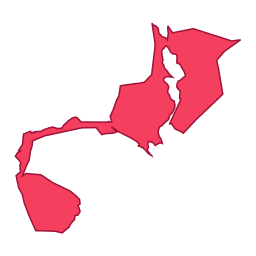 outline of San Bartolo Soyaltepec, Oaxaca, Mexico
{"feature_id": "50627088B5288968218075", "entity_name": "San Bartolo Soyaltepec", "entity_type": "district", "adm_level": 2, "iso_a3": "MEX", "parent_name": "Mexico", "parent_adm1": "Oaxaca", "projection": "mercator", "projection_center": [-97.319, 17.577], "detail": "fine", "context": "isolated", "style": "filled", "palette": "rose", "viewbox_px": 256, "rotation_deg": 0, "n_neighbors": 0, "source": "geoboundaries", "source_scale": "gbopen_adm2", "svg_char_len": 5187}
<svg xmlns="http://www.w3.org/2000/svg" viewBox="0 0 256 256"><path d="M152.0,23.1L153.7,34.3L155.2,44.9L151.7,74.6L144.4,82.2L139.6,83.2L133.8,83.8L125.5,85.0L120.4,85.8L119.0,95.5L116.4,100.8L113.2,109.7L110.2,116.2L111.8,121.9L108.8,122.1L108.7,121.5L108.0,121.8L108.0,122.1L97.9,122.1L85.8,122.0L81.8,122.1L80.9,121.5L80.1,121.0L79.1,119.7L78.0,118.6L76.8,117.5L76.1,117.2L74.9,117.4L74.0,117.5L73.0,117.8L71.7,118.4L70.3,119.4L69.3,120.2L67.8,121.2L67.1,122.1L65.7,123.4L63.3,125.6L61.7,128.6L61.1,128.3L60.3,128.2L59.5,128.4L58.6,128.4L57.7,128.5L56.2,128.2L55.6,128.0L54.5,127.6L53.0,127.1L52.0,127.2L50.9,127.5L48.8,127.9L47.7,128.4L46.9,128.8L45.8,129.2L45.0,129.1L44.4,129.6L43.2,130.1L42.0,130.7L41.3,131.2L40.2,131.4L38.0,131.4L37.7,131.5L35.7,131.7L35.2,131.6L35.2,132.0L35.0,132.8L35.0,132.5L34.5,132.4L34.3,132.2L33.8,132.7L32.9,132.8L32.7,132.7L32.7,132.4L32.3,132.5L32.3,132.8L32.0,133.1L31.9,133.1L31.5,133.1L31.0,132.1L30.9,131.9L30.7,131.8L30.6,131.7L30.5,131.3L27.5,132.4L25.1,133.6L23.6,133.9L23.0,139.2L22.5,144.5L18.7,150.2L20.5,150.8L20.4,151.4L20.0,151.6L19.6,151.4L18.9,151.6L18.5,152.2L17.7,152.5L15.4,156.2L16.1,157.2L17.1,158.2L18.5,159.6L19.5,160.9L20.3,162.0L20.8,163.2L20.6,164.0L20.1,164.7L19.7,165.6L20.1,166.5L20.4,167.6L20.1,168.2L20.0,169.1L20.3,169.9L20.6,170.6L21.0,171.3L16.1,175.6L18.7,187.9L22.4,194.7L24.2,202.9L29.4,216.5L35.8,230.7L45.5,230.9L52.9,231.1L55.5,231.3L62.2,232.9L64.5,230.8L64.6,230.7L64.8,230.5L65.8,229.8L67.3,228.6L67.5,228.4L68.9,227.4L70.9,223.5L74.5,219.6L75.0,215.7L77.9,215.1L80.1,211.5L79.0,207.6L77.8,205.8L80.1,203.9L79.5,199.1L78.0,198.1L77.5,197.5L76.9,196.4L76.2,196.1L70.6,191.3L63.9,188.0L53.0,182.8L49.9,180.8L40.9,174.8L26.1,173.5L22.4,175.9L27.0,164.4L29.1,160.4L30.5,151.1L32.2,145.4L32.6,140.9L44.4,135.9L47.7,135.2L81.5,127.9L83.3,127.8L96.1,127.6L101.7,134.6L106.5,133.5L112.5,133.3L116.8,131.9L111.5,126.8L118.0,131.4L130.6,137.8L136.3,141.2L139.5,144.1L138.3,145.9L141.8,147.1L142.0,147.6L142.5,147.4L142.9,147.6L143.5,148.5L144.0,148.9L145.5,150.2L147.2,152.0L147.3,152.4L147.3,152.5L149.2,154.2L151.3,155.4L151.7,155.7L151.5,155.2L151.2,155.0L150.8,154.9L150.4,154.7L149.9,154.4L149.7,154.1L149.5,153.2L149.1,152.5L148.4,152.0L147.9,151.4L147.4,150.4L147.4,149.5L147.9,148.6L148.4,147.5L148.4,146.5L148.2,145.8L147.9,144.9L148.0,143.9L148.0,141.6L148.2,141.4L149.2,141.7L151.0,142.0L152.3,142.4L153.1,142.9L153.8,143.5L154.4,144.4L154.7,144.9L155.0,145.2L155.4,145.5L156.0,145.0L157.6,144.1L158.9,143.4L159.5,143.0L160.6,142.9L161.6,143.2L162.3,143.5L162.0,142.0L161.5,140.6L161.0,139.3L160.4,138.0L159.8,137.2L159.4,136.8L158.9,135.2L158.7,134.3L158.3,133.2L158.2,131.0L158.6,129.8L158.8,129.4L159.1,128.2L159.5,127.3L159.7,126.7L160.4,126.4L162.2,125.5L163.2,124.4L163.8,123.6L165.1,122.4L166.5,121.1L168.0,120.0L169.1,118.1L169.2,116.7L169.6,115.7L170.3,114.8L172.5,112.5L173.8,109.9L174.8,107.3L174.9,106.2L174.9,105.4L174.9,104.3L174.6,103.5L174.5,103.1L174.4,102.4L174.4,101.8L174.4,101.3L173.9,100.8L172.5,100.4L171.8,99.7L170.7,98.5L170.1,97.7L169.8,97.2L169.8,96.2L169.5,95.2L169.3,94.7L169.0,94.2L168.3,93.7L167.9,93.0L167.7,92.0L167.7,90.9L168.0,89.6L168.4,88.5L168.8,87.5L168.4,86.0L167.3,84.1L166.1,83.0L165.0,82.2L164.3,81.5L163.7,80.3L163.7,79.3L164.4,77.9L166.4,76.7L169.6,76.8L172.5,77.2L171.9,76.7L171.6,76.3L171.0,75.7L170.1,75.1L169.7,74.6L168.5,73.2L168.2,72.7L168.0,72.1L167.0,70.9L166.0,69.8L165.1,68.7L164.4,67.7L164.1,66.8L163.9,66.2L163.8,65.5L163.6,65.0L163.2,64.3L162.9,63.7L162.3,62.9L162.5,61.6L162.9,60.3L162.9,59.2L162.6,58.1L162.3,56.6L162.1,55.8L161.9,54.9L161.9,54.2L162.0,53.3L161.9,52.5L161.7,51.8L161.8,51.0L162.0,50.4L162.3,49.7L163.0,49.0L163.7,48.6L164.4,47.6L164.8,47.0L165.1,46.5L165.2,46.4L165.9,46.0L167.0,46.3L167.1,46.5L168.3,47.9L168.9,49.1L169.4,49.8L169.9,50.6L170.4,51.7L171.0,52.5L172.1,53.4L172.9,54.0L174.3,54.1L175.5,54.2L176.1,54.5L176.7,55.1L177.1,56.9L176.9,59.5L176.8,61.0L176.8,61.9L176.8,62.6L176.9,63.0L177.7,63.3L179.2,63.9L180.0,64.3L181.0,66.2L181.6,67.3L182.0,68.1L182.9,69.5L183.9,71.2L184.6,72.9L185.0,74.3L185.4,75.3L185.5,75.9L185.3,76.3L184.5,76.9L183.3,77.5L182.7,78.1L181.8,78.9L179.7,80.6L178.9,80.8L178.2,81.2L177.8,81.7L177.1,84.0L176.9,85.4L176.8,86.1L176.8,86.6L176.9,87.3L177.5,88.2L178.3,89.2L179.0,89.8L179.4,90.2L179.7,90.4L180.0,90.8L180.1,92.8L179.7,95.3L179.8,96.7L179.7,97.3L179.5,98.0L179.8,98.7L180.9,99.4L169.6,123.8L170.3,124.0L170.8,124.0L171.3,123.8L171.8,123.8L172.1,124.3L173.3,126.4L174.1,127.5L175.0,128.7L176.2,129.5L177.0,129.9L178.1,130.1L178.4,130.3L179.1,130.7L179.6,131.0L180.2,131.3L180.4,131.3L181.1,131.5L183.2,133.3L186.8,129.5L196.3,119.4L222.8,94.2L218.5,68.5L216.6,60.4L224.0,51.9L224.5,51.3L240.6,39.8L231.6,41.0L223.1,38.2L193.3,28.7L172.6,32.8L168.1,26.4L167.8,27.0L167.8,27.6L167.8,28.2L167.8,29.1L167.9,30.3L168.0,31.4L168.2,32.5L168.3,33.6L168.2,34.3L168.0,35.2L167.9,36.0L167.4,39.9L165.9,38.1L165.0,37.5L164.2,37.3L163.7,37.2L162.1,36.7L161.6,36.1L161.1,35.4L160.8,35.0L159.3,33.7L158.8,32.8L158.6,31.6L158.5,30.9L158.5,29.9L158.3,28.8L157.8,27.9L157.2,27.4L156.6,26.7L155.7,25.8L154.9,25.7L154.1,25.2L153.3,25.1L152.0,23.1Z" fill="#f43f5e" stroke="#9f1239" stroke-width="1.5"/></svg>